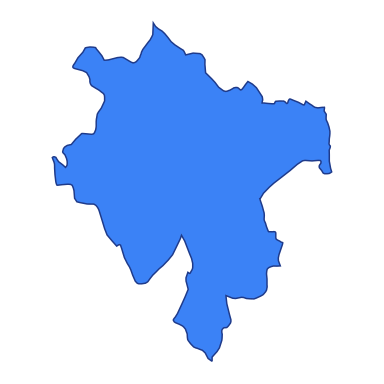 Bac Giang, Bắc Giang, Vietnam (Equal Earth projection)
{"feature_id": "81297802B62924474209473", "entity_name": "Bac Giang", "entity_type": "district", "adm_level": 2, "iso_a3": "VNM", "parent_name": "Vietnam", "parent_adm1": "Bắc Giang", "projection": "equal_earth", "projection_center": [106.2, 21.269], "detail": "fine", "context": "isolated", "style": "filled", "palette": "blue", "viewbox_px": 384, "rotation_deg": 0, "n_neighbors": 0, "source": "geoboundaries", "source_scale": "gbopen_adm2", "svg_char_len": 5497}
<svg xmlns="http://www.w3.org/2000/svg" viewBox="0 0 384 384"><path d="M331.7,171.9L330.6,168.4L329.3,161.2L329.3,155.1L329.2,150.1L329.8,148.6L330.2,147.4L330.3,146.7L330.3,146.0L329.8,145.5L329.3,144.7L329.0,143.6L329.1,142.7L329.2,141.7L329.3,138.8L329.7,136.0L329.9,133.6L329.9,131.2L329.0,127.0L327.7,123.0L326.5,120.5L326.1,119.3L326.1,117.1L326.2,115.4L326.2,114.2L325.3,112.9L324.8,112.1L324.2,111.1L324.2,110.2L324.5,107.9L324.4,107.3L321.7,107.4L317.9,107.9L314.8,107.3L313.0,106.1L312.1,105.4L309.4,103.7L305.9,101.2L304.3,104.8L303.3,104.9L298.4,102.3L293.1,100.2L290.5,99.1L289.8,99.0L289.3,99.3L288.7,100.1L288.4,100.7L288.0,101.8L287.8,102.7L287.5,103.1L286.9,103.5L286.1,103.0L285.0,101.8L283.7,101.1L279.6,101.0L275.7,101.3L274.9,102.3L274.7,103.1L274.2,103.7L272.6,103.8L267.3,103.4L263.9,103.0L262.1,103.0L262.3,101.3L262.7,100.0L262.5,98.1L262.2,96.6L256.4,87.7L252.4,84.1L247.9,81.5L245.5,84.5L243.5,87.4L241.8,89.5L240.9,89.9L240.4,89.9L239.4,89.0L238.3,88.0L237.1,87.5L235.6,87.5L233.7,87.9L232.7,88.6L230.9,89.6L229.9,90.2L228.5,90.6L227.2,91.2L225.5,91.4L223.5,90.8L222.5,90.1L218.6,87.2L215.1,82.5L211.8,78.9L205.6,72.8L204.9,64.4L205.0,59.7L204.1,58.0L203.0,56.3L202.0,54.8L200.0,53.6L193.1,53.1L185.7,54.9L184.2,51.7L183.3,50.3L179.9,48.2L174.9,44.9L171.1,41.7L168.1,37.7L164.8,33.7L162.1,31.1L158.3,28.8L155.5,26.4L153.3,23.0L152.8,34.6L151.8,36.8L151.0,38.2L150.5,39.2L149.9,40.2L148.7,41.6L146.5,44.5L145.2,46.3L144.1,47.7L142.8,49.5L142.2,50.7L141.5,52.1L141.1,53.8L140.4,55.4L139.8,57.4L139.1,58.4L137.4,60.4L136.3,61.6L134.8,62.5L133.1,62.9L131.0,62.1L126.3,59.3L123.3,57.5L121.2,57.2L117.4,57.6L108.5,59.9L105.7,60.2L104.2,60.2L101.9,55.8L98.1,51.0L96.4,49.0L95.6,47.6L93.4,47.2L90.0,47.0L86.7,47.5L85.3,47.9L82.9,52.2L78.0,57.7L74.8,63.2L73.7,64.7L72.9,66.2L72.9,67.3L73.4,67.9L74.6,68.5L82.8,70.7L86.6,72.6L89.1,76.8L89.6,78.5L89.9,79.5L89.9,81.8L90.2,83.1L90.5,83.9L91.1,85.0L91.8,85.8L96.2,88.5L98.0,89.5L99.5,90.5L100.6,91.4L101.6,92.2L103.0,93.2L103.8,94.1L104.4,95.3L104.6,97.2L104.6,101.0L101.3,108.1L98.4,112.1L97.3,114.1L96.7,117.6L96.4,119.1L96.2,121.4L96.2,126.3L96.0,128.1L95.6,130.0L94.5,132.6L93.6,133.8L91.8,134.3L89.5,134.1L85.1,133.7L82.8,133.5L81.6,133.6L80.5,134.7L75.8,139.1L71.3,144.5L67.3,145.4L66.3,146.0L65.0,146.8L64.3,147.5L63.5,148.6L62.7,151.5L62.7,152.1L63.2,153.0L64.2,154.0L65.1,155.1L66.0,157.3L66.5,158.4L66.8,159.7L67.1,160.9L67.2,162.4L67.2,163.8L67.0,165.3L66.6,166.0L65.5,167.4L62.8,164.9L58.6,161.7L56.9,159.2L55.9,157.4L54.5,156.8L53.3,156.8L52.3,157.6L53.4,160.6L53.9,161.7L54.5,164.0L54.6,166.3L54.6,168.2L55.0,174.7L55.7,180.8L55.9,182.1L56.2,183.3L56.5,184.2L56.8,185.0L57.4,185.2L57.7,185.2L61.8,184.7L67.9,184.2L70.6,184.4L72.2,185.3L73.3,188.0L74.0,190.7L74.5,197.2L74.6,198.3L76.9,201.8L80.1,202.6L87.2,204.0L93.9,204.1L94.8,204.7L95.6,205.1L96.5,206.0L97.4,207.2L98.3,208.7L99.1,210.6L102.3,221.0L103.9,226.3L104.6,228.6L107.1,235.0L112.0,240.8L116.7,246.1L118.0,245.2L119.3,244.6L120.5,245.1L121.1,246.9L121.7,248.6L122.6,251.7L124.4,257.6L127.4,263.6L129.4,266.8L130.8,269.8L132.7,275.2L135.3,281.2L137.3,283.3L138.8,283.8L141.6,283.8L145.4,283.2L147.1,282.2L147.9,281.6L148.6,280.6L150.1,278.5L152.7,275.2L156.0,272.0L159.0,268.9L162.8,265.7L168.2,260.1L172.6,254.7L176.4,246.9L180.2,239.0L181.5,235.3L184.7,241.0L189.4,253.2L191.6,258.6L192.3,261.7L192.6,262.9L192.7,263.7L192.7,267.4L192.5,268.6L192.2,269.4L191.7,270.4L191.2,271.2L190.6,272.3L190.3,272.9L189.8,273.4L189.4,273.4L187.9,272.3L186.0,277.8L186.0,279.8L186.1,281.4L186.4,282.3L188.2,289.3L185.3,296.4L181.9,304.0L177.4,313.7L176.0,315.9L175.2,317.2L174.4,318.1L173.7,319.1L173.4,319.6L173.4,320.5L174.3,321.9L175.5,322.7L179.6,324.4L182.6,326.0L183.9,327.2L184.7,328.2L185.5,329.2L186.0,330.7L187.2,333.9L187.3,335.8L187.4,337.5L187.7,339.6L188.4,340.8L189.6,342.4L190.4,343.5L191.6,344.8L192.5,345.7L193.6,346.9L195.7,347.9L197.3,348.3L200.0,349.4L202.4,350.3L205.2,352.9L208.1,358.5L211.6,361.0L212.1,360.8L212.1,357.1L214.4,354.5L217.0,351.6L219.4,347.9L221.2,342.3L221.8,340.4L222.0,338.9L222.1,337.1L222.2,334.4L221.8,332.3L221.8,330.5L222.2,329.4L222.8,328.7L223.4,328.1L224.1,327.7L224.9,327.7L226.3,327.6L226.8,327.5L227.8,326.6L228.6,325.7L229.6,324.3L230.5,323.0L230.9,321.5L230.9,319.7L229.6,315.0L226.8,303.7L226.1,297.2L226.0,295.6L230.3,297.3L232.6,298.2L235.5,298.5L240.0,297.6L241.6,297.3L243.6,297.5L246.4,298.5L250.1,298.8L254.0,298.9L256.0,298.2L260.6,296.1L262.9,294.8L263.9,293.8L265.8,291.5L266.2,290.6L266.6,289.9L266.7,289.1L266.9,288.1L267.1,287.1L267.1,285.9L267.0,284.9L267.0,283.7L267.0,279.0L266.5,273.8L266.7,271.5L266.9,270.4L267.1,269.5L267.4,268.9L268.1,268.2L269.0,267.5L271.2,266.6L273.6,266.0L277.0,266.1L280.3,265.9L278.4,260.7L278.3,258.0L279.0,254.6L282.3,244.9L282.7,243.4L282.7,242.6L282.1,242.4L281.1,242.1L279.7,241.1L277.4,240.0L276.1,239.0L275.8,237.7L275.8,233.4L275.7,232.6L275.4,232.1L274.9,231.8L273.9,231.6L272.5,231.8L268.7,231.7L268.2,231.1L267.3,228.8L266.4,226.4L265.5,223.2L264.4,220.8L264.1,219.3L264.3,215.4L264.1,212.9L263.5,210.8L262.3,206.3L260.6,201.3L259.8,198.6L260.3,198.5L263.5,193.2L269.5,187.0L273.9,183.1L290.1,170.5L297.3,164.3L302.6,160.8L305.0,160.4L312.0,160.9L318.1,160.4L320.3,160.5L320.6,160.8L321.0,161.5L321.0,162.1L320.9,162.8L320.8,163.4L320.3,164.0L319.6,165.0L319.4,165.4L319.2,166.2L319.2,166.9L319.4,167.8L321.7,170.6L323.1,173.0L323.8,173.4L324.6,173.7L327.3,173.7L329.1,173.5L330.5,172.8L331.7,171.9Z" fill="#3b82f6" stroke="#1e3a8a" stroke-width="1.5"/></svg>